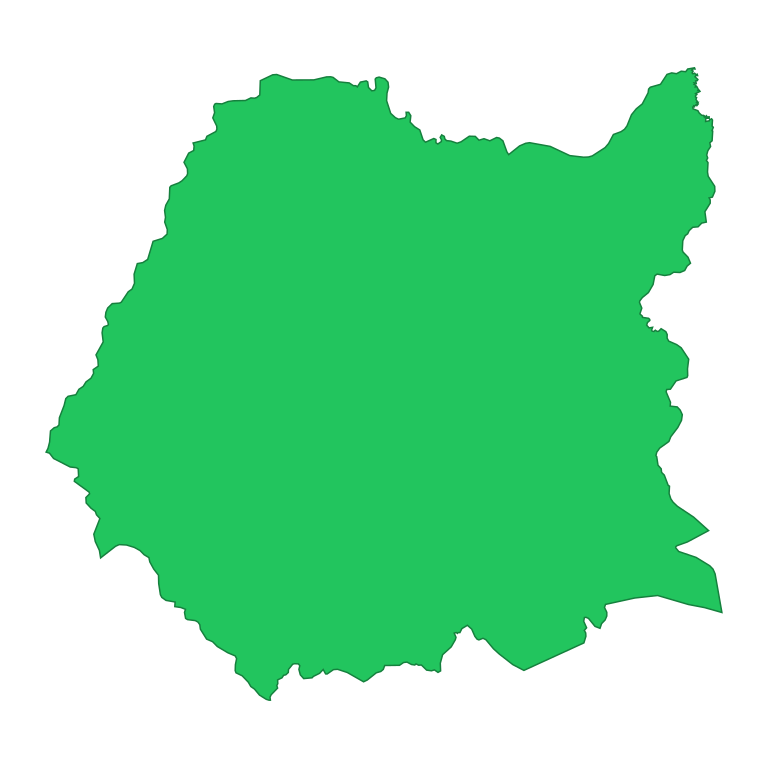 Mueang Loei, Loei, Thailand
{"feature_id": "78962969B17428732488190", "entity_name": "Mueang Loei", "entity_type": "district", "adm_level": 2, "iso_a3": "THA", "parent_name": "Thailand", "parent_adm1": "Loei", "projection": "albers", "projection_center": [101.792, 17.544], "detail": "fine", "context": "isolated", "style": "filled", "palette": "green", "viewbox_px": 768, "rotation_deg": 0, "n_neighbors": 0, "source": "geoboundaries", "source_scale": "gbopen_adm2", "svg_char_len": 6006}
<svg xmlns="http://www.w3.org/2000/svg" viewBox="0 0 768 768"><path d="M193.1,143.0L194.1,146.0L193.7,150.5L188.7,153.1L184.0,162.3L187.4,168.8L187.6,173.6L186.8,175.8L182.0,180.8L178.8,182.9L171.1,185.8L169.8,187.3L169.3,198.9L165.8,205.2L164.6,210.5L165.5,217.4L164.7,222.1L167.3,229.5L167.1,234.1L162.4,238.4L153.1,241.3L147.7,259.4L142.8,262.6L137.3,263.6L134.1,274.2L134.5,283.3L132.0,289.1L128.3,291.7L121.3,302.2L119.5,303.1L112.2,303.6L107.7,308.0L105.9,312.3L105.3,317.0L107.8,321.6L108.4,324.5L107.6,325.5L104.1,326.6L102.8,328.1L102.1,332.8L103.2,341.9L96.0,354.9L97.9,359.7L98.3,366.1L93.2,369.6L93.6,373.4L91.0,378.2L86.0,381.9L83.2,386.4L78.9,389.3L75.9,394.7L68.1,396.3L65.8,398.6L64.1,405.5L59.4,417.7L59.0,424.9L57.1,426.9L54.2,427.7L50.5,430.9L49.6,442.1L48.0,448.4L46.1,452.1L49.5,453.2L53.6,458.5L70.2,467.0L76.3,467.7L78.2,468.8L78.6,476.5L74.7,479.1L74.3,481.3L89.1,492.1L89.6,493.8L85.9,497.5L86.2,503.0L91.2,508.4L95.3,511.4L96.5,514.8L99.9,518.5L93.8,534.2L95.3,541.6L99.4,550.4L100.6,557.9L115.5,546.3L119.2,544.6L126.5,545.0L134.3,547.4L140.1,550.6L144.1,554.7L148.9,557.6L149.8,561.9L153.7,569.0L158.5,575.2L158.7,583.5L160.4,594.7L161.8,597.4L166.0,600.4L175.1,602.0L174.8,606.6L180.8,607.5L185.5,609.3L184.5,612.4L185.6,618.4L187.5,619.6L195.3,620.6L198.0,622.1L199.8,624.7L200.4,629.2L206.6,639.1L212.6,641.7L217.3,646.5L227.7,652.7L235.2,655.9L236.6,658.6L235.4,664.7L235.2,670.6L236.0,672.8L242.2,675.8L248.3,682.2L250.8,686.5L254.5,689.1L259.5,695.1L266.2,699.3L269.1,700.2L270.4,700.2L270.0,697.2L271.2,694.7L277.6,688.1L276.8,685.6L277.8,683.6L277.6,679.9L282.0,677.8L283.6,675.3L285.8,674.8L288.3,672.5L288.5,669.4L292.7,664.2L294.6,663.7L298.4,663.9L299.8,665.7L298.9,669.4L300.3,674.8L303.7,678.6L312.1,677.8L313.4,676.4L319.6,673.3L323.2,669.5L325.6,673.9L327.1,674.0L333.5,669.6L337.6,669.3L347.3,672.5L363.6,681.8L367.3,680.0L376.3,672.8L380.8,671.5L383.3,669.4L384.7,665.5L399.5,665.3L403.6,662.5L407.0,662.1L411.5,664.5L414.8,665.0L416.0,663.9L418.6,665.2L421.4,665.0L426.6,670.1L431.5,670.8L434.4,669.9L438.0,672.4L440.6,670.9L440.3,663.2L442.6,654.7L451.2,646.9L455.3,639.8L456.0,637.3L454.2,633.1L456.2,632.5L457.4,633.4L458.0,632.6L459.9,632.6L461.9,628.6L467.4,625.3L471.7,629.1L474.9,636.4L477.1,639.2L478.9,639.9L483.0,638.3L485.9,639.7L493.5,648.8L499.1,653.9L512.8,664.6L523.9,670.4L583.9,642.9L585.9,636.3L585.7,632.9L584.3,630.4L586.6,627.8L583.7,621.3L584.4,617.5L586.0,617.3L588.5,618.4L595.0,626.4L600.0,628.3L601.6,623.6L605.1,620.0L606.8,616.0L606.8,612.3L604.5,607.5L605.5,604.4L634.8,598.0L657.7,595.5L688.4,604.5L704.6,607.6L721.9,612.5L715.1,573.9L713.0,569.1L709.8,565.8L696.1,557.4L678.7,551.5L675.7,547.8L675.8,546.6L677.2,545.6L687.3,542.0L708.6,530.6L693.6,517.1L677.4,506.3L673.0,502.1L670.8,498.8L669.1,493.5L669.5,486.2L668.1,485.2L664.3,475.1L661.6,472.4L661.2,468.8L658.0,465.2L656.7,456.6L655.9,455.6L656.8,452.1L659.7,448.1L668.9,441.5L670.8,436.7L677.8,427.5L681.5,420.4L682.3,414.7L680.2,410.1L677.2,406.9L670.2,406.1L670.5,402.3L666.1,391.8L666.7,389.5L670.4,389.2L676.1,380.9L687.0,377.4L687.7,375.7L687.5,368.8L688.7,359.2L681.2,347.8L676.7,344.6L668.7,341.1L667.1,338.1L667.2,334.5L665.8,331.6L661.1,328.7L658.6,331.3L657.0,331.4L655.3,330.2L653.9,331.5L652.1,331.1L651.6,330.1L652.6,327.3L649.1,327.9L646.7,325.2L647.4,322.6L649.8,320.5L649.7,319.4L648.6,318.3L642.5,317.4L642.4,316.2L639.9,313.9L641.8,308.1L639.5,302.5L639.7,301.0L642.4,297.5L648.4,292.6L653.1,284.5L654.8,275.8L657.1,274.1L664.7,275.5L670.0,274.6L673.7,272.2L680.0,272.5L684.7,270.5L687.1,266.1L690.5,263.2L688.0,257.2L683.0,252.0L682.3,250.0L682.8,240.7L685.2,235.6L687.7,233.8L689.2,230.6L692.7,227.3L698.1,226.8L701.7,223.1L706.3,222.1L704.9,211.7L710.2,203.2L710.2,199.9L709.1,197.9L712.4,197.1L714.9,191.3L714.7,186.3L708.2,176.3L707.5,172.0L708.0,162.6L706.4,160.4L707.7,158.0L706.7,155.1L707.8,150.8L710.6,146.5L709.8,142.8L712.1,140.8L712.7,131.1L712.0,130.7L713.3,127.3L712.1,126.0L712.5,120.1L711.6,118.8L709.7,119.7L709.3,120.8L705.6,121.5L705.8,118.3L709.2,118.2L709.1,116.8L707.2,117.1L706.5,115.9L705.8,117.0L704.9,116.1L704.3,117.0L703.6,115.4L701.7,115.3L699.2,113.0L697.9,110.7L693.1,108.9L692.7,107.1L694.2,106.9L693.8,105.7L694.9,105.9L696.2,104.5L696.9,105.6L698.2,104.0L697.5,103.6L698.2,102.3L696.6,102.2L697.2,101.2L695.9,99.4L696.6,97.6L695.5,97.0L695.5,95.7L696.8,94.5L695.6,93.6L700.0,91.4L699.2,90.2L697.9,90.4L698.4,89.6L696.9,86.7L695.3,86.9L696.0,85.2L694.1,84.4L694.8,83.7L694.2,82.9L696.2,83.2L695.6,80.9L697.3,80.6L697.9,79.5L695.0,76.8L695.8,75.6L697.6,75.6L697.2,74.2L696.1,74.7L694.6,73.2L693.0,73.8L692.1,72.9L693.1,71.1L691.6,70.2L692.8,69.0L695.0,69.0L694.5,67.8L687.7,69.0L685.7,71.7L681.2,71.2L676.5,73.7L671.7,72.9L667.0,74.4L660.5,84.3L650.3,87.2L648.6,89.1L648.1,92.8L642.3,103.9L636.3,108.8L631.5,114.7L627.0,125.9L624.5,129.3L621.0,131.7L613.4,134.5L608.6,143.5L605.1,147.6L592.3,155.9L588.4,157.0L583.7,157.2L569.8,155.6L550.2,146.4L529.6,142.7L525.6,143.3L519.6,145.9L508.7,154.6L506.9,151.9L502.9,140.8L499.4,138.1L496.6,137.5L489.8,140.8L484.0,138.7L479.0,140.2L475.3,136.4L469.3,136.2L461.1,141.8L457.1,143.2L450.9,141.1L446.5,140.6L444.8,138.8L444.3,136.4L441.7,134.9L440.2,137.4L441.5,139.9L441.3,141.6L437.8,144.0L435.9,142.7L436.0,139.5L433.8,138.5L425.5,142.2L423.1,139.9L419.8,130.0L414.6,126.7L410.1,122.1L410.8,115.7L408.7,112.3L406.1,112.3L406.4,115.7L405.2,117.9L398.6,119.2L395.4,117.7L390.7,113.4L386.6,100.7L387.0,93.1L388.6,87.1L388.0,82.2L384.9,78.8L379.1,77.1L376.3,77.8L375.2,79.1L376.0,87.8L374.6,90.4L371.8,90.8L368.5,87.5L367.7,81.9L366.2,80.9L360.4,82.1L357.3,86.9L355.9,85.7L353.4,85.7L349.2,82.9L338.9,81.9L333.1,77.4L330.7,76.8L326.6,76.9L313.8,79.9L292.3,80.0L276.7,74.5L272.7,74.8L260.3,80.7L259.8,95.0L256.7,97.5L254.6,98.2L250.9,97.9L245.5,100.5L233.2,100.8L228.1,101.5L222.0,103.9L216.0,103.5L214.7,104.2L213.7,106.5L214.6,112.7L212.8,117.9L216.7,126.0L216.9,129.1L215.9,131.5L206.9,136.3L205.5,139.9L193.1,143.0Z" fill="#22c55e" stroke="#15803d" stroke-width="1.5"/></svg>